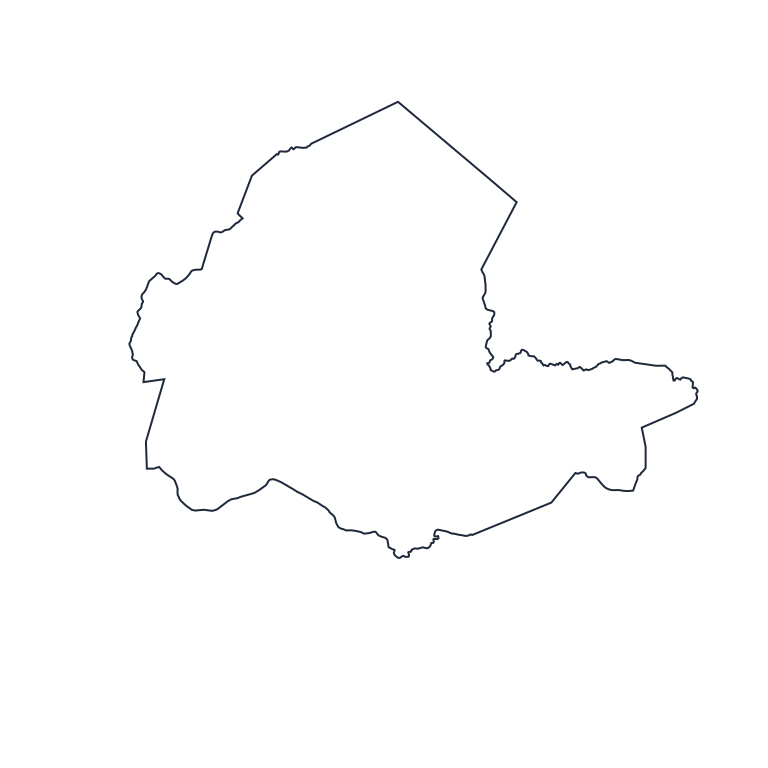 the district of Jesus de Otoro, Intibucá, Honduras, rotated 139°
{"feature_id": "27666195B82528281460638", "entity_name": "Jesus de Otoro", "entity_type": "district", "adm_level": 2, "iso_a3": "HND", "parent_name": "Honduras", "parent_adm1": "Intibucá", "projection": "albers", "projection_center": [-88.024, 14.542], "detail": "fine", "context": "isolated", "style": "outline", "palette": "slate", "viewbox_px": 768, "rotation_deg": 139, "n_neighbors": 0, "source": "geoboundaries", "source_scale": "gbopen_adm2", "svg_char_len": 6154}
<svg xmlns="http://www.w3.org/2000/svg" viewBox="0 0 768 768"><g transform="rotate(139 384 384)"><path d="M265.9,140.1L259.8,143.6L255.4,145.8L254.1,147.1L253.0,147.8L252.2,147.9L249.8,147.5L248.0,148.2L245.9,148.2L243.2,148.6L241.8,148.9L241.1,149.6L227.8,164.9L218.1,182.0L181.8,170.5L162.8,165.7L161.0,166.6L157.6,167.3L155.7,169.8L155.3,171.2L155.0,171.7L153.8,172.3L152.4,172.5L151.8,173.0L151.3,174.8L151.4,176.8L151.9,177.5L152.8,177.4L153.1,177.6L153.4,178.7L152.8,179.6L151.5,180.7L149.5,182.9L150.1,185.3L149.6,186.4L149.8,187.1L151.0,188.9L153.9,192.7L155.0,193.3L157.6,193.0L159.0,196.4L160.7,196.6L162.2,195.9L162.8,196.1L163.2,196.6L162.8,197.7L161.3,199.6L160.3,201.8L159.0,203.1L158.8,203.6L159.0,208.2L159.7,211.9L159.6,213.2L166.9,219.5L180.1,234.8L180.7,235.6L182.1,239.4L183.6,241.6L188.1,245.3L191.9,250.0L193.1,251.1L194.0,251.3L196.0,251.1L199.6,251.9L200.3,252.5L200.7,254.5L201.1,255.2L204.9,257.1L206.0,257.5L207.8,257.8L208.7,258.3L213.0,257.9L215.3,258.7L216.9,258.8L220.6,260.4L221.3,261.2L221.6,262.1L222.2,262.6L224.4,263.1L224.6,263.5L224.5,264.6L224.9,268.3L225.5,268.6L227.6,268.9L232.3,271.6L231.7,275.0L230.8,276.4L231.1,279.0L231.0,279.8L231.2,280.3L231.9,280.8L232.7,281.0L236.6,281.0L236.9,281.7L237.0,284.0L237.3,284.6L237.8,284.8L239.9,284.3L240.2,284.8L240.2,285.5L240.5,285.8L241.0,285.9L242.7,285.8L245.1,290.2L245.6,290.4L246.3,290.5L248.4,289.8L249.3,290.8L250.1,292.8L250.7,293.2L251.4,293.3L251.5,294.1L251.0,295.5L251.3,297.3L251.1,297.8L250.7,298.1L250.6,298.6L251.2,299.6L252.8,300.9L252.7,302.5L252.4,304.1L252.7,306.6L254.4,308.1L256.3,310.7L255.4,312.2L255.2,314.5L255.9,316.8L257.0,319.0L257.5,319.3L258.5,319.3L260.2,318.2L260.7,318.0L263.0,318.8L264.1,319.6L264.9,319.7L265.8,319.4L267.5,318.1L269.6,317.9L269.9,318.2L270.5,319.1L273.1,319.0L274.3,319.3L276.7,321.8L277.1,322.4L277.5,322.6L278.0,322.4L279.2,321.1L280.1,320.6L281.3,320.4L284.8,320.8L287.3,319.6L288.0,319.5L290.4,320.8L291.6,320.7L292.8,320.9L294.3,324.4L294.2,324.9L293.5,325.8L293.2,326.8L292.8,328.7L293.0,330.7L292.5,331.9L292.3,331.9L291.4,331.2L290.8,331.0L289.6,331.4L288.6,332.2L285.9,331.7L284.8,332.0L283.9,332.6L283.6,338.3L282.3,341.9L283.2,344.3L283.1,344.8L282.7,345.5L277.8,349.0L276.9,349.3L275.3,349.2L273.6,349.4L272.0,350.0L270.8,351.3L269.9,352.7L268.8,353.6L268.4,354.7L268.4,355.8L268.1,356.5L265.8,357.4L265.4,358.3L265.2,359.7L264.7,360.6L263.9,360.7L262.4,360.4L261.4,360.4L259.2,362.7L255.6,363.8L254.2,365.0L253.7,366.1L253.9,367.4L257.0,372.0L257.4,372.9L257.6,373.8L257.3,374.9L256.1,377.3L253.8,382.9L253.2,384.1L252.7,384.6L248.2,386.1L246.8,387.0L242.5,392.0L237.5,399.3L236.6,401.8L236.2,404.2L235.4,406.6L164.6,434.2L169.8,469.1L188.3,587.8L281.3,613.1L283.6,612.7L285.7,613.3L287.4,613.3L290.3,615.4L293.5,619.0L295.1,620.4L295.7,620.6L297.8,620.4L298.2,620.5L298.5,621.1L298.4,622.5L298.7,623.2L299.8,623.2L302.5,622.6L304.3,623.0L305.8,623.9L309.0,627.0L310.6,627.9L311.1,627.8L313.1,626.6L313.7,626.9L314.0,627.8L347.0,627.9L382.4,608.9L382.5,606.7L382.0,601.8L385.5,601.9L386.6,601.7L388.0,601.7L390.6,602.4L393.6,602.2L394.7,602.3L397.8,602.0L399.3,602.2L403.2,604.5L406.5,604.9L407.9,605.6L408.6,606.5L409.3,607.8L411.3,609.7L413.2,610.2L414.3,610.0L416.3,609.0L446.2,590.3L447.8,590.9L449.8,592.7L451.6,594.1L453.3,595.0L454.4,595.5L456.0,595.4L459.3,594.4L463.8,593.8L467.6,594.0L474.6,595.2L475.5,596.3L476.4,598.5L476.9,600.7L477.0,603.0L477.2,604.3L478.3,605.5L479.5,606.4L480.0,607.1L480.2,608.5L480.2,613.2L481.3,615.5L482.2,616.2L483.7,616.2L485.5,615.7L493.6,615.7L494.8,615.2L498.6,613.0L501.4,611.6L504.6,610.6L507.7,610.3L508.3,610.1L509.6,609.1L510.9,607.4L511.5,604.8L512.0,604.0L513.3,603.7L514.4,603.2L515.1,602.7L516.2,601.5L517.5,600.8L518.9,600.6L522.0,600.5L522.9,600.1L524.2,597.6L524.9,594.1L525.2,593.4L528.8,591.8L532.3,589.9L533.9,589.5L537.2,587.9L541.1,586.5L541.8,586.1L542.3,585.5L544.8,584.5L546.4,582.8L549.7,581.5L550.5,580.2L552.5,573.8L553.2,572.9L554.1,571.1L556.8,569.3L557.4,567.6L557.4,566.5L555.7,563.6L556.9,559.6L557.0,557.5L557.6,553.6L557.0,550.3L557.6,549.5L564.3,543.2L546.7,531.8L601.5,496.7L618.5,475.7L613.4,471.2L608.2,469.0L608.1,463.6L607.4,458.6L605.8,453.0L605.1,450.1L605.4,448.0L607.6,442.1L608.6,440.2L610.7,438.0L612.4,435.7L613.9,430.4L613.9,428.2L613.2,422.1L611.6,415.1L609.5,412.3L602.6,407.4L596.8,400.9L593.3,399.2L591.6,398.8L578.8,398.0L575.5,397.3L574.2,396.8L569.7,394.1L565.8,392.7L555.1,387.6L552.7,386.7L549.0,386.0L539.9,385.1L537.9,385.4L534.7,386.6L533.4,386.7L532.2,386.3L530.7,385.3L530.0,384.8L529.7,384.1L528.9,383.4L526.1,377.5L521.4,363.7L520.4,360.1L517.7,353.6L514.1,342.5L512.0,338.2L510.4,332.3L509.3,329.3L508.8,324.6L509.2,323.0L509.2,321.7L508.7,319.9L508.5,316.8L508.9,315.3L511.5,309.9L512.3,305.9L511.9,304.4L511.1,302.7L510.0,301.2L508.7,298.4L504.6,295.0L501.6,291.5L498.5,287.3L497.6,284.9L496.9,283.8L492.4,280.9L489.1,279.5L487.5,278.2L487.3,277.3L487.5,273.9L487.2,272.7L486.1,270.4L484.2,267.5L483.9,266.6L483.6,265.0L483.8,263.9L487.6,257.7L485.8,253.3L485.1,252.5L484.9,251.9L485.0,251.6L487.4,250.1L488.0,248.6L488.1,247.0L487.9,245.5L487.3,243.6L486.6,242.7L485.8,242.3L483.2,242.0L482.3,241.8L482.0,241.4L481.7,240.5L481.1,239.3L478.9,237.6L478.2,237.8L477.4,238.4L476.7,239.7L476.4,240.7L476.0,241.1L475.3,240.9L474.4,240.2L473.6,239.9L473.2,240.0L472.8,240.4L472.2,240.2L471.5,240.7L470.3,240.4L468.1,239.4L467.4,238.3L466.0,237.2L462.0,235.4L459.3,231.8L457.4,231.2L455.6,231.3L452.6,232.9L451.2,231.9L450.5,231.9L449.8,232.4L448.8,234.2L448.3,234.5L447.7,234.2L445.8,232.2L444.9,231.8L444.2,231.8L443.4,232.7L443.0,233.8L444.6,234.7L445.4,235.4L445.7,236.1L445.4,236.9L442.6,238.9L441.9,239.2L440.6,239.3L439.5,239.1L438.7,238.5L433.3,231.4L431.0,226.8L429.1,224.8L426.6,221.3L424.8,219.3L422.6,216.4L421.0,214.9L418.8,213.9L417.3,213.7L416.6,212.2L335.5,184.7L297.9,191.3L296.7,189.2L293.1,187.8L291.2,186.1L290.7,185.2L290.5,184.3L291.4,182.1L291.0,179.8L290.6,179.2L286.6,176.0L285.5,174.5L285.2,173.5L285.1,172.0L285.3,165.9L285.1,161.8L284.6,159.5L283.3,156.7L281.2,154.0L276.7,150.2L272.8,145.7L269.4,142.6L265.9,140.1Z" fill="none" stroke="#1e293b" stroke-width="2"/></g></svg>